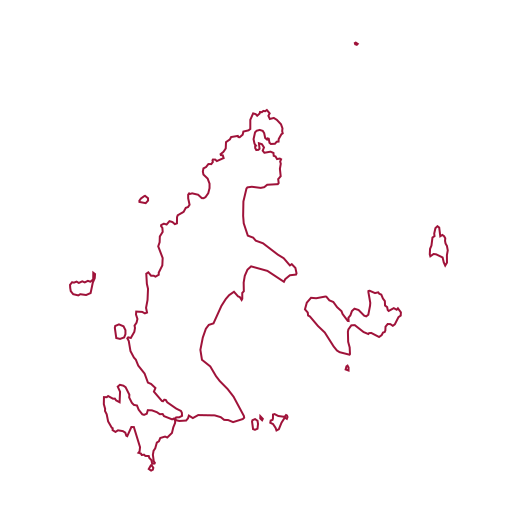 outline of Con Dao, Sóc Trăng, Vietnam, rotated 347°
{"feature_id": "81297802B83873736556753", "entity_name": "Con Dao", "entity_type": "district", "adm_level": 2, "iso_a3": "VNM", "parent_name": "Vietnam", "parent_adm1": "Sóc Trăng", "projection": "equal_earth", "projection_center": [106.623, 8.704], "detail": "fine", "context": "isolated", "style": "outline", "palette": "rose", "viewbox_px": 512, "rotation_deg": 347, "n_neighbors": 0, "source": "geoboundaries", "source_scale": "gbopen_adm2", "svg_char_len": 6117}
<svg xmlns="http://www.w3.org/2000/svg" viewBox="0 0 512 512"><g transform="rotate(347 256 256)"><path d="M236.2,287.6L238.0,279.1L240.6,272.8L244.6,267.4L248.9,265.0L263.8,273.1L277.4,287.4L279.3,285.1L284.7,282.4L290.8,283.1L291.6,282.0L291.7,276.5L289.0,272.0L286.9,272.8L282.5,264.4L277.6,259.6L265.7,245.2L259.2,241.0L257.4,237.5L252.6,234.3L251.4,221.4L252.5,214.0L256.0,200.0L261.9,188.1L263.1,187.2L267.5,187.6L275.9,190.7L279.5,190.8L282.9,189.1L293.4,190.9L294.5,190.0L294.9,186.1L298.0,183.8L298.9,176.4L300.9,171.7L300.8,169.4L302.2,167.4L301.1,166.4L298.3,166.3L297.4,163.4L295.8,162.4L296.2,159.5L293.6,157.6L287.4,157.3L286.2,154.9L288.2,152.0L286.9,148.4L284.2,146.8L283.6,152.3L282.2,153.1L280.1,152.8L279.5,150.6L279.9,148.7L280.8,148.5L279.8,146.3L279.9,141.6L282.9,135.3L284.8,134.1L288.0,134.0L290.7,135.6L291.6,138.1L291.5,143.1L292.9,145.0L293.7,144.0L294.8,144.6L294.6,148.7L295.7,150.2L299.7,150.9L301.9,149.3L303.7,149.6L304.4,147.2L308.1,143.1L309.6,142.5L309.6,140.2L310.5,137.6L310.0,133.3L306.9,128.0L304.4,125.5L300.3,125.6L299.6,122.2L301.4,120.1L299.4,116.2L297.5,117.0L295.8,116.3L294.0,117.2L292.3,116.6L291.6,118.0L288.7,119.6L287.6,117.7L285.3,116.4L281.1,122.0L279.0,131.0L276.9,131.9L271.7,131.9L270.3,134.8L266.8,136.6L265.6,136.2L265.3,134.9L258.5,134.5L256.8,136.5L252.4,138.3L250.7,144.4L247.7,147.2L244.4,148.8L244.5,149.8L246.3,150.5L246.5,153.3L239.2,154.7L238.0,152.9L235.7,152.3L235.1,153.0L235.1,154.7L233.1,156.4L230.3,155.7L227.3,158.1L224.5,158.8L223.2,161.8L223.1,164.8L226.3,169.7L227.0,175.1L226.0,179.4L223.6,184.1L220.0,187.3L217.9,187.9L216.2,187.4L213.4,183.3L207.9,180.6L205.4,180.7L204.9,180.0L203.7,181.0L202.9,184.5L202.8,191.1L200.8,193.0L198.4,193.3L195.4,196.7L188.9,198.7L187.8,200.4L186.3,206.4L184.1,206.7L182.3,204.2L179.5,202.6L176.0,205.2L173.5,203.8L170.6,204.5L170.2,205.4L171.1,207.6L170.5,211.5L166.7,215.3L165.2,220.9L162.9,224.6L164.6,237.0L162.6,244.1L157.5,250.3L157.0,252.4L153.4,253.5L151.9,252.2L149.3,251.6L147.4,247.7L145.1,248.6L143.4,258.6L143.4,263.7L140.4,274.5L137.2,281.8L137.1,286.6L134.8,286.9L132.6,284.9L126.8,283.2L125.9,286.0L126.3,290.7L124.6,294.1L122.0,296.5L121.9,298.9L120.4,302.5L115.6,307.7L113.2,306.5L112.1,307.3L112.9,310.2L112.3,320.4L114.2,327.5L115.6,330.0L116.6,336.3L121.0,345.5L122.2,355.0L125.0,357.1L128.3,362.0L126.0,365.2L131.7,376.1L132.7,376.6L134.3,375.4L135.7,376.0L136.6,378.6L143.9,386.7L148.0,390.1L148.5,392.0L148.0,395.1L144.9,395.9L141.9,395.3L140.8,396.1L141.1,398.0L144.2,399.5L150.9,400.6L153.2,398.9L154.7,396.4L158.0,399.7L163.9,398.0L179.9,402.0L185.4,405.1L188.1,408.5L192.0,409.6L196.3,412.7L206.4,411.9L208.1,410.9L208.2,409.1L202.5,388.1L198.4,379.2L192.5,369.6L190.0,364.1L186.6,353.3L180.0,345.0L180.7,334.9L185.8,323.5L190.8,315.6L194.5,312.5L199.4,312.1L211.1,296.8L216.9,291.1L221.0,288.1L226.5,285.9L229.4,291.3L231.0,292.4L232.1,295.6L233.0,294.6L234.3,288.9L236.2,287.6ZM347.9,357.3L348.8,356.6L351.0,356.9L357.7,362.6L360.6,361.4L362.5,359.2L364.3,359.0L365.3,357.6L366.3,354.0L369.0,351.9L371.6,352.6L373.6,354.8L375.9,353.8L381.1,347.6L383.6,346.6L384.5,343.5L382.5,338.9L381.0,340.0L378.5,337.8L372.9,339.4L372.2,338.2L372.3,335.3L370.6,333.3L371.4,328.9L370.1,326.0L369.4,321.8L367.6,320.5L366.9,318.9L363.6,318.9L358.9,315.4L357.7,315.4L357.4,316.3L356.8,327.4L355.9,330.2L352.2,338.5L349.8,339.6L348.0,338.5L343.8,331.7L340.1,329.5L337.1,331.2L334.6,335.1L332.2,336.9L331.6,340.2L330.8,339.9L327.3,332.0L326.9,329.0L323.5,324.1L321.0,318.2L317.5,315.7L315.4,311.5L314.5,311.1L305.1,310.7L300.2,309.1L295.0,312.9L291.7,319.0L293.7,322.7L293.4,325.7L294.9,327.0L300.6,338.1L305.8,346.0L311.3,361.6L313.6,366.3L315.8,368.5L324.9,373.2L325.5,372.7L326.7,366.2L326.5,360.3L328.5,350.5L329.5,348.3L333.3,345.0L336.7,345.6L343.7,354.3L347.9,357.3ZM90.0,402.6L96.1,394.6L98.5,395.2L100.0,416.2L98.6,420.2L97.2,421.3L99.4,422.6L99.9,424.2L102.2,424.4L103.2,425.9L106.5,426.8L106.6,428.7L108.2,431.4L108.1,434.9L110.4,435.4L110.9,434.8L110.2,433.0L110.8,426.5L112.4,422.7L114.5,420.8L117.4,415.5L119.7,414.7L121.8,411.8L126.8,411.5L128.7,412.9L134.3,409.5L136.9,404.3L139.6,400.5L140.2,398.2L139.4,395.9L137.5,396.3L130.3,391.3L129.5,389.0L126.7,388.5L124.3,385.9L119.9,383.0L115.9,381.9L114.1,385.1L111.2,385.6L109.6,384.7L107.1,379.4L106.4,374.9L103.5,373.6L102.0,371.1L100.6,365.3L101.4,362.7L99.4,354.5L97.6,352.5L94.4,350.9L91.9,352.2L93.0,357.7L90.2,367.8L87.2,365.2L86.4,363.2L84.6,362.9L80.4,359.2L78.8,360.0L76.1,359.3L74.4,366.1L74.6,371.0L74.0,373.0L74.9,376.6L74.7,383.9L76.8,390.8L77.6,391.6L77.1,393.4L79.5,395.8L82.3,394.8L86.9,396.7L88.9,398.7L89.2,401.9L90.0,402.6ZM425.8,295.5L429.5,294.0L431.9,294.9L437.5,299.4L437.5,304.4L438.2,307.9L440.6,305.4L442.2,298.1L444.1,293.7L444.3,289.2L443.5,286.5L443.6,283.8L444.4,281.3L443.7,279.0L442.3,277.4L440.0,278.2L440.9,269.5L439.5,267.8L437.1,269.2L434.7,274.2L434.4,276.8L432.1,277.7L429.3,285.3L427.2,288.2L425.7,293.5L425.8,295.5ZM69.3,252.1L74.0,254.4L76.2,253.7L81.7,255.8L86.5,254.9L91.0,245.2L93.9,241.3L95.1,237.4L93.7,235.7L92.1,242.2L88.8,243.8L86.6,242.4L83.2,243.2L81.0,241.6L77.3,242.4L75.4,240.6L72.6,241.0L70.9,240.2L68.3,242.3L67.8,245.3L67.6,248.6L69.3,252.1ZM236.7,430.6L239.3,429.9L243.4,424.1L247.1,420.5L248.1,420.3L249.4,421.6L250.5,420.0L250.3,418.4L249.5,417.7L248.1,418.9L246.7,418.8L241.7,416.9L238.5,414.2L236.9,414.3L235.9,418.3L235.2,419.4L233.3,419.6L232.4,421.7L234.8,423.6L236.4,427.8L236.7,430.6ZM102.3,294.2L101.4,304.5L104.9,306.2L109.2,305.7L111.2,302.8L112.1,298.9L111.1,294.7L107.1,291.8L103.1,292.5L102.3,294.2ZM214.9,416.4L214.2,424.0L215.9,425.1L218.6,424.6L220.2,420.1L220.4,416.9L218.4,414.7L215.6,415.2L214.9,416.4ZM154.6,177.1L160.4,179.7L163.3,177.7L163.8,175.4L161.4,172.4L160.4,172.6L156.8,174.1L154.8,175.9L154.6,177.1ZM108.3,439.3L107.3,436.6L106.5,436.3L103.6,439.4L105.5,441.5L107.4,441.0L108.3,439.3ZM317.8,386.7L320.4,388.4L321.1,385.5L320.5,383.4L319.3,383.9L317.8,386.7ZM223.6,415.3L225.0,417.4L226.0,416.2L224.2,413.1L223.6,415.3ZM401.7,72.9L402.8,72.2L401.2,70.5L400.2,70.8L400.3,72.0L401.7,72.9Z" fill="none" stroke="#9f1239" stroke-width="2"/></g></svg>